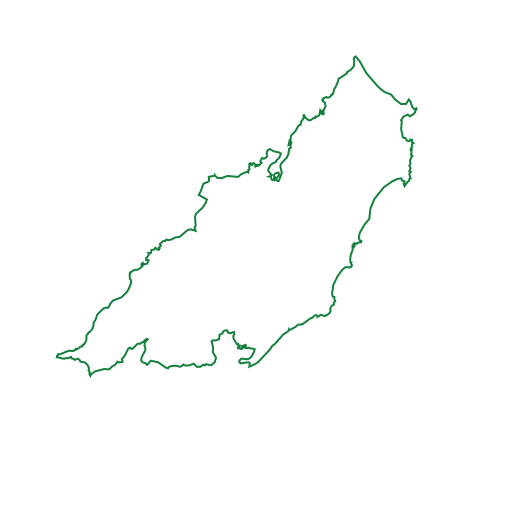 Bangka, Bangka-Belitung, Indonesia (Equal Earth projection), rotated 50°
{"feature_id": "22746128B27585215741432", "entity_name": "Bangka", "entity_type": "district", "adm_level": 2, "iso_a3": "IDN", "parent_name": "Indonesia", "parent_adm1": "Bangka-Belitung", "projection": "equal_earth", "projection_center": [105.919, -1.936], "detail": "fine", "context": "isolated", "style": "outline", "palette": "green", "viewbox_px": 512, "rotation_deg": 50, "n_neighbors": 0, "source": "geoboundaries", "source_scale": "gbopen_adm2", "svg_char_len": 6081}
<svg xmlns="http://www.w3.org/2000/svg" viewBox="0 0 512 512"><g transform="rotate(50 256 256)"><path d="M334.0,329.5L336.5,332.3L338.2,326.2L338.6,322.2L336.6,305.6L335.3,301.2L335.6,298.4L333.6,285.5L334.4,279.5L333.3,277.8L333.9,277.9L334.7,276.6L335.7,271.5L335.7,267.7L337.1,266.2L337.4,264.9L338.1,264.7L338.8,254.1L339.4,253.1L339.4,249.2L339.9,248.0L341.6,247.3L342.2,247.9L342.7,244.1L346.2,242.0L346.2,240.8L347.0,239.4L346.9,235.8L346.2,234.3L344.7,233.6L343.2,231.6L342.8,229.4L343.4,227.8L341.9,226.6L341.6,224.3L339.6,223.9L337.8,222.3L336.5,223.3L333.8,222.0L327.9,215.4L323.8,206.2L322.0,198.7L322.1,194.7L324.1,192.3L324.8,192.1L324.8,191.0L325.5,190.0L324.9,188.5L322.6,188.0L322.3,187.2L321.8,187.7L320.8,187.3L318.6,185.6L315.9,182.5L314.0,178.9L312.3,176.9L312.0,175.4L311.2,176.3L310.2,175.7L310.0,174.5L311.0,174.5L311.3,173.7L310.9,173.2L309.3,173.2L309.3,172.6L311.4,171.0L311.4,169.1L313.1,166.5L312.2,165.7L311.8,166.3L310.0,166.3L308.2,165.7L305.0,161.7L301.6,152.4L300.4,145.4L293.1,137.7L288.4,128.6L285.5,113.8L286.4,103.7L287.9,98.0L290.0,94.7L292.3,95.6L294.1,94.2L295.6,95.7L295.6,96.4L298.0,97.2L296.7,92.6L296.8,90.3L295.6,89.1L295.9,87.6L291.9,86.0L291.1,84.8L291.1,83.4L289.6,84.0L288.3,81.3L285.3,80.4L284.4,78.2L281.8,76.6L279.9,72.9L279.9,71.9L278.0,72.2L277.2,70.7L274.9,69.3L275.1,68.6L274.5,68.1L273.7,67.9L273.7,68.8L273.3,68.5L272.6,66.0L271.3,65.5L270.3,64.0L270.6,62.8L268.8,63.3L267.2,61.8L266.0,62.8L266.6,64.6L265.8,65.7L264.5,66.2L261.9,65.7L259.7,67.3L252.3,63.4L246.4,57.7L245.3,57.6L244.0,53.7L245.2,48.8L248.0,48.4L248.0,46.3L248.6,45.3L248.3,41.8L247.3,40.8L246.5,38.3L245.8,38.3L245.8,39.6L245.0,40.4L242.4,40.6L236.8,38.4L234.3,38.4L236.0,43.2L232.8,47.2L225.5,48.9L219.2,48.7L213.2,52.0L208.7,53.1L203.4,53.7L186.5,53.9L173.7,51.4L167.2,51.4L167.0,52.7L167.7,54.3L170.3,55.7L173.7,59.4L174.3,64.2L173.6,68.2L174.4,68.8L174.5,69.7L173.3,78.9L174.9,80.8L177.7,86.3L178.5,89.3L181.0,92.1L181.5,93.9L180.8,94.5L181.5,95.6L181.6,97.8L180.4,99.7L179.4,99.9L178.4,103.3L179.3,103.9L179.1,104.9L180.3,105.3L182.4,104.5L185.8,106.2L188.2,111.2L187.2,111.7L187.3,112.6L189.1,111.7L190.9,113.0L190.7,113.6L188.9,114.2L185.9,113.4L188.9,117.0L188.3,120.2L187.5,120.9L188.2,121.9L187.3,123.1L187.2,126.3L185.9,128.4L181.8,129.3L180.9,130.6L182.1,134.9L184.1,137.5L183.4,139.7L185.7,145.5L186.2,151.5L189.8,155.8L191.6,155.7L193.6,158.8L195.4,159.7L195.1,161.8L196.7,162.7L197.3,164.4L198.4,165.0L200.3,168.9L201.5,177.9L203.1,179.8L208.9,182.8L213.1,190.1L212.6,191.3L207.5,191.5L209.0,193.1L210.7,192.8L207.4,194.9L204.2,193.2L203.8,194.8L203.5,195.0L204.3,192.9L204.0,192.0L198.8,191.9L197.6,191.0L195.8,187.0L195.7,183.6L196.8,180.6L196.1,179.3L195.5,174.5L193.6,171.1L191.6,171.7L187.1,175.2L183.0,176.6L182.5,178.9L182.8,179.7L183.9,181.6L186.5,183.2L187.1,184.4L186.6,187.5L184.9,188.3L184.9,188.9L186.4,192.0L188.2,191.9L188.5,195.9L188.2,196.5L187.1,196.1L186.7,196.6L187.3,198.1L187.1,199.0L185.6,198.0L183.3,197.9L183.1,198.7L183.7,200.4L181.3,200.6L181.2,202.2L182.7,202.5L183.2,203.9L185.6,205.5L185.2,206.6L186.9,208.1L185.9,208.3L185.1,210.6L183.7,215.4L184.0,218.2L183.5,219.3L176.3,226.4L174.1,232.6L170.9,235.6L167.7,235.5L168.1,235.9L165.0,241.2L168.2,243.6L168.4,244.9L166.8,249.8L170.8,256.5L172.4,260.6L181.2,257.3L183.0,260.4L184.6,265.6L185.1,275.0L187.1,277.8L193.8,282.6L195.0,285.0L198.0,286.1L193.6,288.8L192.2,292.0L192.2,302.5L190.1,305.4L188.9,310.3L187.6,312.9L185.7,314.3L186.2,316.0L185.2,316.8L184.8,318.1L184.9,321.5L185.5,322.2L187.0,322.2L187.2,325.3L188.2,325.0L188.8,326.5L187.3,327.6L185.0,327.8L185.7,329.4L184.2,332.5L186.1,334.3L184.5,336.6L185.9,336.7L187.0,340.2L186.8,341.2L188.3,342.7L190.3,341.0L191.8,344.4L190.5,347.2L188.5,347.1L188.6,348.9L189.2,349.5L190.2,348.8L190.7,349.3L190.8,352.9L190.3,355.8L188.6,357.8L188.1,360.2L188.3,361.1L187.7,362.0L188.0,363.8L188.8,363.9L189.3,365.0L192.6,367.4L193.8,367.2L196.2,368.6L199.5,374.9L200.7,378.7L201.1,386.0L198.2,394.1L198.6,397.1L200.6,402.5L199.1,404.0L198.1,406.6L198.9,415.4L201.8,420.1L202.8,423.5L204.6,424.9L206.7,428.3L207.3,432.0L206.9,433.7L207.6,434.3L207.8,436.8L211.7,440.4L213.1,444.3L212.7,445.5L213.2,445.7L213.4,447.6L212.8,447.9L212.4,453.2L211.3,453.8L211.9,454.4L211.6,455.9L210.9,457.6L208.2,460.3L205.3,469.4L204.2,470.4L204.7,472.7L205.5,473.7L206.1,472.7L208.1,471.8L211.4,469.0L211.7,467.8L213.6,465.4L214.5,462.5L216.0,463.0L218.0,461.7L219.0,461.7L220.2,458.3L222.2,457.9L224.0,458.5L227.7,455.4L231.3,455.1L234.6,456.0L236.1,457.9L238.3,458.0L239.2,459.5L241.4,459.9L240.5,458.0L241.0,453.3L245.0,444.9L247.9,442.1L248.5,440.3L248.1,437.7L248.9,433.6L247.9,430.0L249.6,429.3L251.3,426.2L248.8,425.1L248.1,421.0L244.9,413.5L244.8,412.2L245.3,411.3L247.2,411.2L247.7,410.1L247.2,403.7L247.4,402.5L248.9,401.0L248.7,399.4L249.3,398.4L249.1,394.1L249.5,392.6L250.3,392.6L250.8,396.8L252.9,399.0L255.3,399.8L257.2,401.6L260.1,408.8L262.3,411.2L264.5,411.2L267.3,409.4L270.1,409.6L269.4,409.2L268.6,403.9L274.7,399.2L283.0,397.0L285.5,395.7L285.1,394.8L285.5,392.2L289.1,387.4L291.9,385.5L292.5,384.2L292.4,381.4L294.3,380.7L296.8,377.7L298.4,373.0L303.1,372.4L305.1,369.8L305.3,366.2L307.2,365.3L306.8,363.8L310.8,360.7L310.9,356.0L308.3,352.0L302.0,350.9L298.5,347.6L292.7,344.8L292.8,343.4L294.6,341.4L296.0,337.8L293.0,334.6L293.6,331.2L292.8,329.7L292.9,328.0L294.5,325.8L296.7,326.7L298.6,325.4L300.0,321.7L302.0,322.8L302.3,324.1L303.6,325.6L305.5,326.4L311.2,327.3L311.8,326.2L313.0,326.9L314.2,325.9L314.9,327.5L314.4,328.5L315.2,329.1L316.3,327.5L317.1,327.7L318.0,326.7L318.0,324.6L316.4,325.1L316.1,324.6L317.3,321.1L318.4,321.4L318.5,323.3L319.2,323.5L320.9,322.1L321.6,320.3L322.9,319.9L326.2,316.9L327.4,317.7L329.9,323.3L330.4,326.7L329.3,329.4L325.2,333.1L325.5,336.1L326.8,337.1L328.3,336.8L332.7,329.9L334.0,329.5ZM209.6,190.3L209.2,187.7L208.2,185.7L206.4,185.2L205.2,188.0L205.4,190.5L206.7,191.1L209.6,190.3ZM191.3,156.0L189.3,156.3L191.7,159.4L191.9,157.6L191.3,156.0ZM179.7,129.8L180.1,128.8L178.9,128.7L179.0,129.5L179.7,129.8Z" fill="none" stroke="#15803d" stroke-width="2"/></g></svg>